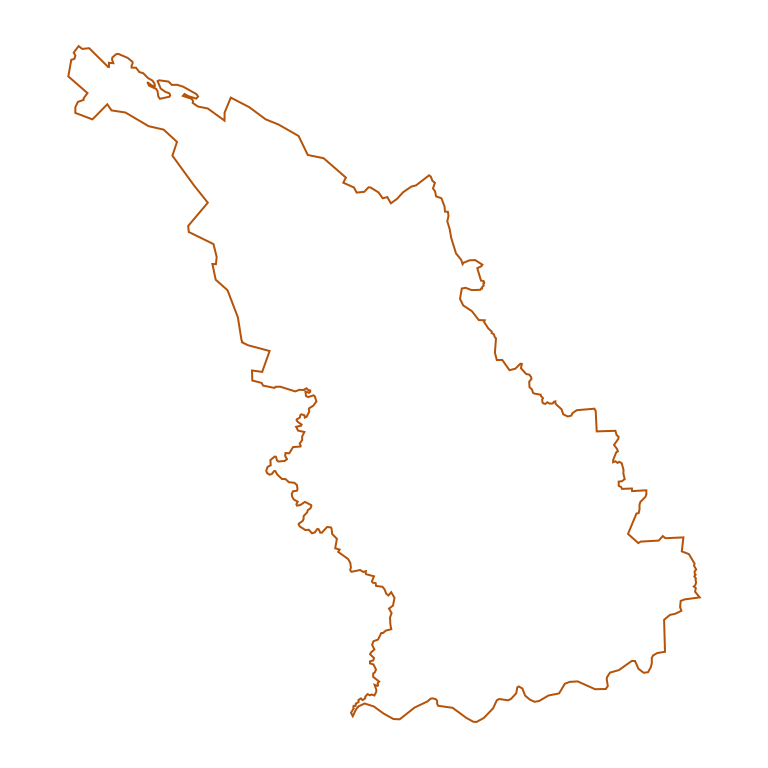 Straupes pag., Pargaujas, Latvia
{"feature_id": "27541924B928212469839", "entity_name": "Straupes pag.", "entity_type": "district", "adm_level": 2, "iso_a3": "LVA", "parent_name": "Latvia", "parent_adm1": "Pargaujas", "projection": "mercator", "projection_center": [24.945, 57.337], "detail": "fine", "context": "isolated", "style": "outline", "palette": "amber", "viewbox_px": 768, "rotation_deg": 0, "n_neighbors": 0, "source": "geoboundaries", "source_scale": "gbopen_adm2", "svg_char_len": 6054}
<svg xmlns="http://www.w3.org/2000/svg" viewBox="0 0 768 768"><path d="M230.8,97.6L224.6,112.6L224.5,120.6L207.8,108.5L197.9,106.5L192.7,102.9L193.1,100.9L191.6,98.8L182.9,95.9L184.5,94.0L188.5,96.2L196.3,98.6L198.1,96.5L196.4,94.1L183.2,86.7L177.2,84.8L171.8,84.9L168.6,81.6L159.2,80.3L157.6,81.1L160.7,88.6L165.3,91.8L169.3,93.3L170.2,95.2L169.5,96.7L159.9,98.8L158.3,96.4L157.5,91.2L156.3,89.0L149.1,85.7L147.3,82.1L151.9,85.6L154.8,86.1L154.6,83.7L152.5,80.6L148.2,78.2L143.2,73.2L139.4,72.1L136.0,67.7L131.7,67.7L131.5,65.9L132.6,63.4L132.5,61.8L127.7,57.9L118.1,53.8L116.2,54.2L112.4,57.4L112.0,59.4L113.3,63.2L108.9,62.8L109.0,66.9L108.2,67.0L89.2,48.2L82.2,48.9L78.6,46.1L73.7,52.6L75.4,55.6L74.4,58.9L71.3,59.8L68.3,76.4L87.5,93.1L83.6,98.3L83.6,99.9L77.9,101.9L75.4,107.1L75.3,112.9L92.4,119.4L107.3,104.3L111.5,110.4L125.4,112.5L148.7,126.2L163.6,129.6L177.0,141.9L172.4,155.7L194.0,185.4L207.8,202.7L188.2,225.9L188.8,232.0L213.5,244.1L216.7,257.1L215.9,264.2L212.4,264.0L215.7,279.7L227.5,290.2L237.9,317.4L241.5,340.2L242.3,341.6L242.0,342.3L248.2,345.3L269.6,351.0L262.2,371.9L252.0,370.5L252.3,380.5L261.6,382.9L263.1,385.6L274.5,387.9L275.6,386.8L280.2,386.7L295.2,391.4L299.5,389.8L303.3,390.0L306.5,388.3L308.3,390.1L310.2,390.4L310.2,391.8L309.2,392.8L305.4,391.5L306.0,396.0L308.3,397.1L313.6,395.3L314.9,396.6L316.4,401.5L313.2,405.8L309.2,408.2L308.8,409.1L309.3,411.5L306.6,416.8L304.8,417.6L304.5,415.3L301.4,414.3L300.3,415.2L299.7,417.7L296.7,419.4L296.6,420.3L297.7,421.8L301.6,424.6L301.1,425.7L296.1,426.8L298.1,430.6L304.4,432.0L302.1,436.6L302.2,440.1L299.7,443.5L300.7,445.7L300.5,446.5L293.0,447.1L289.3,453.3L285.5,453.0L285.1,455.9L287.0,459.1L284.6,461.0L278.3,461.5L277.0,460.4L275.9,456.7L274.6,456.6L270.4,460.1L270.7,465.3L267.7,466.8L266.2,470.7L267.0,473.0L269.5,474.7L271.7,474.1L274.2,471.0L275.4,471.2L277.3,474.6L282.0,479.0L285.5,479.1L288.9,482.2L294.4,482.8L296.9,485.0L297.5,488.9L297.0,490.7L293.0,491.3L291.8,493.8L292.1,496.6L293.8,499.5L297.7,501.7L296.4,504.2L297.0,505.6L300.2,505.1L304.9,501.9L311.2,505.1L311.4,505.9L310.4,508.4L307.8,510.1L307.1,512.5L303.7,516.0L303.5,519.3L302.6,521.0L299.0,523.5L298.6,524.3L299.6,526.3L305.3,530.0L308.8,529.8L312.0,533.3L314.7,532.5L317.4,528.9L318.6,529.2L320.3,532.7L321.8,532.7L327.1,527.0L330.8,527.4L331.5,528.3L332.2,534.0L336.9,538.8L335.2,548.3L339.6,549.6L338.2,551.9L348.2,559.1L350.3,562.9L350.9,567.6L350.2,569.8L350.7,571.1L351.6,571.8L360.1,570.0L363.1,571.9L365.9,571.2L365.6,573.2L366.1,574.2L374.0,576.3L371.9,581.4L372.8,582.7L375.6,583.1L376.1,585.9L382.5,586.8L384.6,589.4L386.2,593.6L388.4,595.5L391.2,592.2L394.5,597.8L393.0,605.6L389.0,608.6L391.6,613.1L390.0,617.6L390.4,624.7L391.3,629.2L385.8,630.6L383.0,633.0L381.3,633.0L378.0,639.6L373.5,641.2L372.1,644.8L374.4,649.5L370.9,652.5L370.1,654.3L374.0,658.0L373.3,660.4L370.0,661.4L370.0,663.4L373.5,664.5L376.0,669.6L374.8,672.4L373.2,673.5L373.2,676.9L379.2,681.6L377.7,683.1L378.0,685.4L377.5,685.9L374.6,684.8L376.3,689.8L376.3,691.7L374.4,695.5L371.7,694.5L369.9,695.3L367.6,694.1L365.3,696.6L365.2,698.3L363.2,699.8L362.5,700.1L360.9,698.4L358.5,700.0L358.6,702.0L355.8,703.7L355.6,705.9L353.6,705.9L353.3,707.4L353.7,708.3L351.0,712.8L352.8,716.2L356.1,709.2L358.7,706.3L364.7,703.5L373.9,706.5L383.2,713.3L393.4,719.0L399.7,719.3L414.5,707.6L427.5,701.4L430.6,698.7L432.8,698.4L435.7,699.1L437.1,700.8L437.1,703.7L438.2,705.8L452.6,707.8L466.2,717.8L473.4,721.8L476.6,721.9L483.8,718.0L493.1,708.3L496.8,700.3L499.1,699.0L508.0,700.3L510.9,699.0L516.2,693.3L517.3,687.3L518.8,686.5L522.4,688.5L525.1,695.6L530.0,699.7L534.6,701.8L539.1,701.0L548.5,695.5L559.1,693.4L564.8,683.8L569.5,681.9L577.6,681.4L595.1,689.2L605.8,689.0L607.8,686.1L606.7,679.0L607.1,677.1L610.0,672.6L618.9,670.1L631.7,661.0L635.0,661.0L638.5,668.8L643.7,672.8L648.0,672.2L650.7,667.5L651.8,663.4L651.8,657.8L653.0,655.5L657.3,653.0L665.0,651.8L664.1,619.8L669.9,614.9L675.5,613.7L681.4,610.8L680.1,607.1L680.7,600.9L684.6,599.4L699.7,597.4L695.1,591.8L695.8,588.0L693.8,586.6L695.3,585.1L696.1,582.5L695.5,579.4L695.9,578.4L694.3,576.4L695.5,574.9L694.9,574.6L694.6,571.4L696.2,569.5L694.0,565.6L694.6,563.7L688.9,554.1L681.8,551.4L683.4,537.4L665.4,538.2L662.8,536.1L658.7,540.6L640.6,541.6L638.3,543.1L628.0,533.9L636.5,513.5L638.6,513.1L639.5,509.7L639.5,504.8L640.4,501.9L645.4,496.9L646.4,494.2L646.3,490.3L632.1,491.1L631.9,488.5L622.0,488.9L621.1,487.0L618.7,485.8L618.7,481.6L622.0,481.2L624.7,479.1L623.4,473.8L623.5,469.8L621.7,463.2L619.2,461.8L617.5,462.9L615.4,461.3L613.1,462.2L613.2,459.9L616.2,452.4L617.9,451.3L616.8,448.6L614.0,445.0L618.3,438.8L618.6,436.8L616.6,435.0L615.4,430.8L596.7,431.4L595.7,411.0L594.4,408.7L576.8,410.2L572.4,413.2L571.3,415.6L567.8,416.5L563.2,414.3L561.5,409.2L556.4,404.7L555.3,403.0L555.4,401.4L554.0,401.7L552.6,403.5L549.8,403.6L547.3,402.3L545.5,403.9L543.4,403.4L542.6,402.6L542.1,399.8L543.0,398.2L540.9,395.9L540.7,394.7L534.0,393.5L533.0,392.8L532.0,389.5L529.5,387.2L529.2,381.7L531.5,378.9L531.0,376.9L529.4,374.7L526.2,374.0L520.9,368.2L521.9,364.0L520.4,363.7L515.3,368.7L509.5,370.2L502.3,360.0L496.8,360.0L494.9,352.6L496.0,338.4L494.7,337.0L493.9,334.3L491.7,333.1L491.8,331.7L488.2,328.3L484.1,321.9L484.7,320.3L478.8,320.1L471.9,311.2L463.2,305.4L460.0,298.9L461.8,288.5L465.5,287.8L471.7,290.1L480.4,289.8L481.2,288.4L482.1,288.5L482.4,286.6L483.7,285.7L483.4,283.3L484.1,283.1L484.2,282.1L483.6,281.1L481.0,280.6L477.3,268.2L481.2,266.3L482.4,264.7L475.2,260.1L469.6,260.3L463.8,262.6L462.6,264.2L461.2,259.8L456.0,253.4L451.2,237.9L449.7,229.2L447.3,221.3L448.5,215.8L447.9,211.8L445.0,211.6L444.5,206.4L441.4,198.2L436.1,196.4L435.1,191.5L433.0,188.4L434.9,182.8L432.4,180.8L430.8,176.6L429.1,175.3L416.0,185.4L411.5,186.5L406.3,190.0L402.9,192.4L397.2,198.7L390.9,203.3L387.3,197.1L382.7,198.3L378.5,192.4L370.6,187.5L368.5,187.3L364.3,191.8L356.6,192.6L354.0,187.5L343.3,182.7L345.9,177.6L323.6,158.2L307.8,155.0L298.6,136.0L278.5,124.5L265.6,119.3L249.3,107.2L230.8,97.6Z" fill="none" stroke="#b45309" stroke-width="2"/></svg>